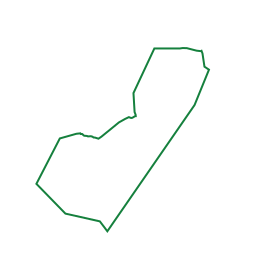 Saint James, Mercator projection, rotated 218°
{"feature_id": "BRB-1992", "entity_name": "Saint James", "entity_type": "Parish", "adm_level": 1, "iso_a3": "BRB", "parent_name": "Barbados", "parent_adm1": "", "projection": "mercator", "projection_center": [-59.619, 13.191], "detail": "fine", "context": "isolated", "style": "outline", "palette": "green", "viewbox_px": 256, "rotation_deg": 218, "n_neighbors": 0, "source": "natural_earth", "source_scale": "10m", "svg_char_len": 839}
<svg xmlns="http://www.w3.org/2000/svg" viewBox="0 0 256 256"><g transform="rotate(218 128 128)"><path d="M100.1,223.8L89.7,187.1L80.7,33.9L92.7,37.1L124.6,22.0L165.8,27.6L175.3,77.8L165.1,91.7L162.3,94.4L162.0,94.2L161.6,94.1L161.4,94.2L161.0,94.6L160.5,95.0L160.2,95.1L159.6,95.0L159.3,95.0L158.8,94.9L158.1,94.9L157.7,95.0L157.2,95.3L156.0,96.1L155.7,96.3L155.0,96.6L154.7,96.7L154.4,96.7L152.4,98.5L151.7,98.9L151.2,99.1L150.9,99.1L150.6,99.3L149.9,99.3L149.5,99.3L149.1,99.4L148.2,100.1L144.7,101.4L143.6,104.8L138.6,126.8L135.9,133.3L134.0,137.1L132.0,137.7L131.3,138.2L130.8,138.9L130.1,140.7L129.7,141.7L129.2,142.1L130.1,143.1L132.6,144.6L145.2,158.9L156.2,206.9L136.0,222.7L134.3,224.5L130.9,227.1L121.5,231.2L117.6,233.6L117.5,234.0L115.2,232.6L105.5,223.4L100.1,223.8Z" fill="none" stroke="#15803d" stroke-width="2"/></g></svg>